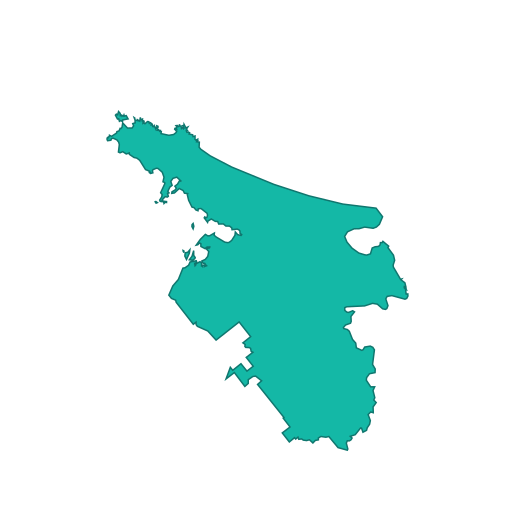 the district of Port Stephens, New South Wales, Australia, rotated 222°
{"feature_id": "25037944B52772221720298", "entity_name": "Port Stephens", "entity_type": "district", "adm_level": 2, "iso_a3": "AUS", "parent_name": "Australia", "parent_adm1": "New South Wales", "projection": "albers", "projection_center": [151.986, -32.729], "detail": "fine", "context": "isolated", "style": "filled", "palette": "teal", "viewbox_px": 512, "rotation_deg": 222, "n_neighbors": 0, "source": "geoboundaries", "source_scale": "gbopen_adm2", "svg_char_len": 6135}
<svg xmlns="http://www.w3.org/2000/svg" viewBox="0 0 512 512"><g transform="rotate(222 256 256)"><path d="M64.5,179.8L62.9,181.1L62.4,183.0L62.8,185.0L65.3,185.1L62.7,189.6L63.2,198.2L62.4,198.7L58.6,196.6L57.2,200.4L58.4,202.8L59.0,207.0L60.9,210.2L66.6,213.2L66.4,216.8L64.0,218.0L68.0,222.2L68.6,227.5L72.1,227.8L72.9,230.2L79.0,234.3L80.3,238.2L83.2,235.5L90.9,237.5L92.4,239.6L92.9,244.4L89.5,249.0L91.8,251.8L96.8,253.4L105.2,265.5L108.1,266.3L110.8,265.5L114.3,261.1L113.7,258.0L114.2,256.7L120.0,254.9L123.6,258.0L128.5,258.6L136.3,262.5L138.9,262.5L142.2,260.8L143.2,261.4L143.3,264.6L140.8,269.3L141.5,271.1L145.0,274.6L145.4,280.4L147.5,280.0L149.4,276.1L150.8,275.1L153.6,275.0L155.5,277.0L154.6,279.0L141.9,291.6L137.7,298.8L133.6,301.4L126.5,301.5L124.0,303.0L123.6,304.5L124.7,307.4L130.9,311.0L131.5,313.8L128.5,317.5L116.4,323.6L115.6,325.3L116.3,327.9L117.8,329.4L118.9,328.2L119.1,328.3L122.1,330.9L121.6,331.4L123.7,331.5L122.8,332.3L123.9,333.2L124.8,332.1L125.4,332.6L124.3,333.6L127.4,335.7L132.4,335.3L132.4,336.3L133.0,335.4L146.5,339.7L148.0,341.0L150.1,345.6L154.4,348.6L163.6,350.5L164.0,352.1L171.5,351.8L171.2,350.3L172.5,349.2L171.2,347.2L171.4,345.1L173.7,342.5L175.0,339.7L172.4,334.2L174.3,330.8L175.9,329.7L181.6,327.0L189.9,326.1L197.7,327.2L203.2,329.8L204.2,335.2L201.3,341.9L197.7,345.2L194.6,350.2L187.5,355.0L185.9,358.1L185.5,362.1L188.2,369.9L198.8,371.9L226.2,352.7L257.0,336.1L290.6,321.2L333.7,305.8L357.0,299.8L368.5,298.4L371.1,298.8L374.3,302.7L376.1,301.5L376.4,302.5L376.8,301.6L377.6,303.5L378.2,301.9L379.4,301.9L381.6,304.4L382.7,302.6L384.2,303.7L387.3,301.9L388.0,303.8L387.8,302.8L389.1,303.0L390.1,301.7L391.6,302.4L391.0,303.4L392.6,303.7L393.0,306.1L393.8,304.3L397.6,305.7L397.0,304.9L397.7,303.8L395.0,302.9L395.0,301.9L396.6,302.3L396.7,300.9L398.6,302.4L399.6,301.6L400.9,302.7L400.1,300.8L400.6,299.7L401.8,300.3L402.6,299.4L401.6,299.3L401.2,297.9L399.9,297.2L401.6,296.5L401.3,295.8L398.4,295.6L398.0,294.1L398.5,291.2L401.5,287.4L408.5,283.4L409.7,285.2L410.8,284.3L411.2,285.2L413.4,283.4L413.4,284.7L415.0,284.4L415.6,285.3L416.6,284.6L415.9,283.5L418.9,284.8L418.6,283.6L419.4,283.1L421.2,284.4L421.6,283.3L422.5,284.5L423.7,284.4L424.0,283.2L425.5,284.1L426.6,283.3L427.0,280.0L428.0,279.7L428.9,280.7L429.0,279.3L430.2,281.0L430.9,280.3L432.0,281.8L432.8,280.2L434.7,281.6L432.6,278.4L435.0,278.0L434.4,277.5L437.0,276.2L434.9,274.1L436.2,271.9L434.0,270.8L433.7,268.2L437.1,265.1L444.1,265.7L441.7,262.0L441.6,260.4L442.4,260.0L441.5,257.3L442.6,255.4L441.9,254.1L443.4,248.3L445.7,247.7L445.0,246.7L445.5,245.1L444.9,245.0L445.5,243.9L444.5,242.8L443.4,242.4L441.3,244.9L441.9,246.5L441.1,247.9L437.1,249.2L434.2,248.7L432.1,247.3L427.8,241.2L426.1,241.7L424.8,244.4L420.7,245.0L419.1,247.8L418.1,246.8L412.5,247.6L410.1,249.0L406.5,249.3L395.9,246.3L392.1,247.7L391.5,246.9L391.0,246.6L390.2,246.5L391.5,247.0L391.4,247.7L389.7,247.0L389.9,246.3L388.3,248.8L390.1,250.1L390.3,251.3L388.8,254.5L387.4,255.5L381.7,255.5L377.1,253.0L374.8,248.9L373.0,249.5L372.2,248.8L369.2,239.2L366.9,238.9L365.6,236.8L365.0,233.1L363.9,232.5L362.7,233.1L362.9,234.4L362.0,234.2L363.3,235.6L363.2,239.3L361.3,240.5L361.1,241.7L363.6,243.3L362.9,244.7L364.8,245.0L366.1,249.6L365.6,252.4L369.2,254.4L369.7,258.1L367.6,261.6L361.4,261.5L363.2,260.7L362.4,256.8L363.0,253.6L360.6,253.1L360.3,251.1L361.4,247.5L360.5,246.2L358.8,248.3L358.2,254.8L353.9,255.9L351.2,254.8L348.5,256.7L348.1,255.6L343.3,252.3L336.3,249.5L334.4,250.5L331.5,250.0L329.4,250.8L330.5,252.5L328.6,254.5L321.0,255.0L319.4,254.0L318.4,252.1L318.7,250.9L320.2,250.8L320.0,249.7L314.5,248.6L315.1,249.7L314.0,253.6L309.4,254.5L307.6,256.0L305.1,254.8L301.7,258.0L298.4,258.1L295.7,260.5L292.9,260.7L291.4,259.5L288.0,263.4L286.3,264.0L284.6,263.8L283.1,262.2L280.9,262.3L280.8,261.3L283.9,259.6L287.4,260.0L285.5,257.3L284.5,251.3L285.1,248.1L286.1,246.9L288.5,245.4L298.2,243.5L301.0,243.4L302.3,245.2L304.0,240.0L305.3,238.7L308.1,238.2L308.5,231.1L307.7,224.1L306.8,225.4L306.7,226.8L307.4,227.1L306.8,227.8L305.3,228.3L303.3,226.2L298.7,227.4L298.7,228.6L297.8,229.0L298.4,230.0L296.3,231.7L295.8,230.2L296.1,230.8L296.7,229.8L297.1,230.6L297.9,228.1L294.1,227.7L291.6,223.4L291.4,219.5L292.9,216.1L290.4,215.3L289.3,215.6L289.2,216.9L288.8,215.8L286.2,215.7L287.0,214.1L287.2,214.8L289.6,213.4L288.9,212.5L289.8,212.6L289.3,211.6L292.0,214.5L293.8,214.3L295.8,209.0L294.8,209.0L294.8,208.0L296.6,209.4L296.0,209.6L296.3,212.0L297.2,212.5L301.0,207.5L299.9,204.0L300.9,199.7L302.2,198.1L298.0,186.6L297.8,178.1L294.6,168.6L290.5,167.9L286.1,169.4L284.4,168.2L256.9,163.3L256.3,166.7L254.5,164.9L252.5,164.5L241.7,168.0L229.4,166.8L224.4,195.7L206.0,192.5L207.6,182.7L204.9,183.0L203.8,181.4L202.5,181.2L199.6,183.5L198.2,183.7L195.8,181.9L193.9,182.4L195.4,174.1L184.3,172.2L185.7,164.4L195.1,165.9L196.8,155.5L200.6,156.1L196.0,144.6L194.1,154.9L177.0,151.6L176.5,156.1L179.0,158.9L177.7,164.4L175.9,166.5L168.3,167.0L168.9,161.6L127.1,154.7L127.3,153.7L116.3,151.7L118.1,142.1L106.8,140.1L105.8,146.8L104.0,146.5L103.6,149.5L101.6,148.4L99.6,150.6L97.7,150.8L94.9,152.7L93.3,155.2L88.6,155.1L88.5,158.7L86.6,161.1L87.9,162.5L87.0,165.3L82.8,168.1L81.1,170.6L66.8,168.5L58.2,172.8L58.6,174.0L63.7,177.4L64.5,179.8ZM450.7,269.5L452.4,271.1L454.8,271.4L453.3,268.3L454.7,268.0L454.7,266.6L450.6,265.1L449.9,266.1L447.6,264.7L447.0,266.3L445.1,266.5L446.1,267.9L442.8,272.3L446.4,273.5L447.4,271.9L448.5,272.5L448.1,271.4L448.8,271.3L449.1,270.2L450.2,270.8L450.7,269.5ZM309.2,213.1L310.6,211.2L310.2,210.2L308.8,208.3L305.3,206.9L307.4,213.5L309.3,216.3L309.2,213.1ZM299.7,213.2L300.2,214.2L302.7,214.8L305.9,218.3L303.4,213.0L303.0,208.6L300.3,210.4L299.7,213.2ZM320.9,234.1L322.1,236.5L324.5,238.1L324.5,236.5L323.3,235.0L320.9,234.1ZM358.3,235.9L358.9,236.6L361.0,235.1L359.5,233.6L359.4,235.1L358.3,235.9ZM365.0,229.7L366.9,229.5L367.2,228.8L365.6,228.4L365.0,229.7ZM415.0,286.3L415.7,286.8L416.8,286.4L415.4,285.5L415.0,286.3ZM311.8,210.3L312.9,211.5L313.9,211.3L313.5,210.9L311.8,210.3ZM437.8,276.6L438.3,277.4L439.1,277.3L437.8,276.6Z" fill="#14b8a6" stroke="#0f766e" stroke-width="1.5"/></g></svg>